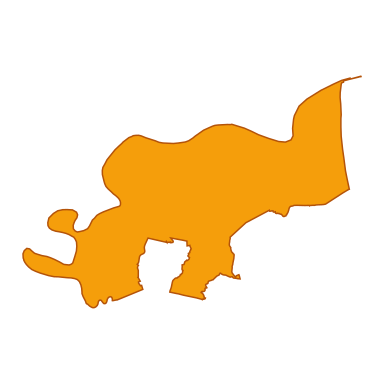 Pueblo Viejo, Veracruz, Mexico (Mercator projection)
{"feature_id": "50627088B14771067875898", "entity_name": "Pueblo Viejo", "entity_type": "district", "adm_level": 2, "iso_a3": "MEX", "parent_name": "Mexico", "parent_adm1": "Veracruz", "projection": "mercator", "projection_center": [-97.929, 22.164], "detail": "fine", "context": "isolated", "style": "filled", "palette": "amber", "viewbox_px": 384, "rotation_deg": 0, "n_neighbors": 0, "source": "geoboundaries", "source_scale": "gbopen_adm2", "svg_char_len": 5969}
<svg xmlns="http://www.w3.org/2000/svg" viewBox="0 0 384 384"><path d="M231.8,124.3L230.4,124.6L227.5,124.5L218.2,125.0L214.9,125.4L212.5,126.2L209.1,127.7L203.6,130.2L195.2,136.1L192.8,138.1L188.8,140.7L185.3,142.0L178.5,143.0L173.4,143.5L162.9,143.0L159.0,142.3L155.3,140.8L145.9,137.8L141.2,135.9L139.6,135.5L138.4,135.3L135.5,135.4L133.2,135.7L131.8,136.5L128.9,137.6L123.0,142.1L121.9,143.4L119.0,146.0L115.1,149.7L109.3,156.9L107.0,159.8L104.9,163.9L102.9,167.4L102.3,170.5L102.4,174.6L104.0,181.1L104.7,183.6L106.0,186.5L108.2,189.0L111.4,191.9L113.4,193.9L115.3,195.3L117.8,197.5L119.0,198.9L120.1,200.8L120.5,202.5L120.5,204.1L120.4,204.9L119.8,205.9L118.9,206.4L113.7,207.9L103.3,211.9L99.5,213.7L96.8,215.4L94.5,218.2L92.4,220.1L89.5,226.0L87.6,228.7L83.8,230.6L80.1,231.5L77.4,232.0L75.3,231.1L73.4,228.9L73.2,225.4L74.1,222.6L75.1,220.4L76.9,217.8L77.6,214.8L76.5,212.2L72.5,209.9L67.0,209.6L62.7,209.7L57.7,210.8L53.4,213.5L48.9,218.0L47.8,222.7L48.0,225.7L49.4,228.1L51.9,229.9L55.7,231.2L59.3,231.8L62.7,232.5L66.0,233.4L69.1,234.6L71.7,236.1L73.8,237.2L75.3,239.3L76.5,242.0L76.8,246.3L76.4,251.1L74.8,256.6L72.8,262.9L71.5,264.1L69.2,265.0L63.8,264.4L59.4,261.9L54.6,259.5L50.6,257.8L46.9,256.5L41.9,255.6L37.3,254.2L34.6,253.3L32.3,251.4L29.6,248.9L26.8,248.4L24.3,250.6L23.0,253.8L23.2,258.0L23.8,259.7L23.8,260.2L24.8,262.2L26.3,264.4L28.6,266.9L31.8,269.5L35.6,271.3L40.3,273.1L44.3,274.3L48.6,275.6L54.1,276.7L58.2,276.8L67.1,277.7L71.1,277.9L74.8,278.6L77.4,279.6L79.4,281.6L80.9,284.9L81.7,288.3L82.0,292.1L82.0,293.6L83.1,296.5L85.5,301.2L86.2,303.3L86.6,303.8L87.4,304.0L89.7,306.1L91.0,306.9L92.4,307.6L93.8,307.7L94.6,307.5L95.8,306.9L97.2,305.5L97.9,304.1L98.3,301.9L98.7,301.1L99.3,300.4L100.0,300.1L100.9,300.2L101.3,300.5L102.8,302.5L103.7,303.5L105.0,303.7L106.3,302.8L106.9,301.2L107.3,299.3L108.1,297.9L109.2,297.0L110.3,296.7L111.5,297.1L112.1,298.1L112.4,299.7L112.3,300.6L112.8,300.7L117.5,299.7L117.5,299.8L120.7,298.5L142.8,289.4L141.6,285.4L140.6,285.8L140.2,285.4L139.6,284.4L139.5,284.2L138.9,283.7L138.6,283.1L138.5,281.9L140.2,281.2L138.3,277.8L137.9,277.3L138.3,277.0L138.3,270.4L138.0,269.6L137.9,269.1L137.5,268.3L137.5,267.7L137.6,267.0L138.0,265.8L138.4,265.3L137.2,264.3L138.1,263.3L138.5,262.5L138.7,261.9L139.4,257.4L139.6,256.5L139.9,256.0L140.5,255.2L141.0,254.8L141.5,254.5L143.6,253.5L144.0,253.1L144.6,252.2L144.8,251.2L144.3,247.8L144.5,246.2L145.1,244.4L148.0,238.1L165.9,242.2L166.3,241.4L166.7,242.0L166.9,242.4L167.1,242.7L167.2,242.4L168.3,242.2L168.9,242.4L169.8,242.4L170.0,242.3L170.2,241.9L170.8,242.3L170.8,242.7L171.3,242.7L172.9,242.4L173.2,241.6L173.2,241.2L170.8,238.0L182.7,240.2L186.9,241.1L187.1,245.9L189.8,245.4L189.8,245.8L191.2,248.9L190.6,249.5L190.6,250.2L190.2,250.8L189.9,251.1L189.8,251.6L189.8,252.6L188.4,253.4L188.7,254.1L188.7,254.8L188.1,255.3L187.9,256.0L189.0,257.2L189.5,257.5L189.3,258.2L189.1,258.9L188.7,259.5L188.2,259.8L187.4,260.5L186.6,260.2L186.3,260.7L185.9,260.9L185.3,261.5L185.0,261.6L184.6,262.3L184.5,262.9L184.2,263.9L183.9,264.5L183.6,264.5L182.1,264.9L182.2,266.6L182.0,268.8L182.1,269.8L182.8,270.2L183.0,270.5L182.7,271.1L182.5,272.3L182.4,273.0L182.2,273.4L181.8,273.6L181.6,273.8L181.4,274.1L181.2,274.2L181.1,274.5L180.4,274.5L180.2,275.3L179.9,275.9L179.5,276.1L178.9,276.7L177.8,277.2L177.6,277.7L177.0,278.0L176.6,278.1L176.2,277.9L175.2,278.3L173.2,280.2L172.7,281.0L172.3,282.5L171.3,287.3L170.9,288.6L170.1,290.6L169.8,292.1L176.3,293.5L178.2,293.8L183.5,295.2L196.5,297.9L201.7,299.3L202.3,299.7L202.5,299.4L203.0,299.0L203.6,299.3L204.1,299.1L204.9,298.9L205.0,298.8L205.3,298.4L205.4,298.0L204.2,297.8L204.2,296.9L203.8,296.0L203.8,295.3L203.3,294.7L202.6,293.4L202.3,293.1L202.0,293.1L201.1,292.6L201.2,292.3L201.4,291.9L202.0,291.4L203.4,291.5L204.0,291.4L204.5,291.1L204.9,290.6L205.1,289.9L205.0,289.0L205.1,288.3L205.7,287.9L206.7,288.0L206.9,287.8L206.8,287.5L206.1,286.5L205.7,285.6L205.6,284.8L206.2,284.1L206.7,283.9L207.3,283.8L208.0,283.2L208.1,282.2L208.5,281.3L209.8,280.8L211.3,280.4L212.5,279.8L212.9,279.9L216.8,276.1L219.1,275.0L219.9,273.3L220.6,273.2L221.1,273.7L221.5,274.0L223.1,274.8L224.2,275.0L225.7,275.1L228.2,276.3L230.2,277.1L232.2,276.7L233.4,278.0L236.5,278.4L237.7,278.7L240.1,278.9L239.3,275.7L238.9,274.7L236.4,275.7L235.7,276.9L234.6,276.2L232.1,272.9L231.8,271.6L232.2,267.6L232.1,266.5L232.8,264.2L232.9,263.0L233.8,258.7L234.1,255.2L234.0,254.3L233.1,253.6L232.9,253.1L232.1,252.4L231.7,251.9L231.3,250.9L231.0,250.2L231.0,249.9L230.7,248.7L230.8,247.6L229.8,246.2L229.4,245.4L229.3,244.4L229.4,243.0L229.7,241.9L229.6,241.6L229.8,239.9L230.0,239.4L230.2,238.4L230.1,237.2L245.9,222.7L269.2,210.3L269.2,210.8L269.6,211.2L271.1,211.1L271.5,210.9L272.2,210.8L272.6,210.9L273.0,210.9L273.1,211.7L273.4,212.0L274.3,212.1L275.0,211.9L275.3,211.8L275.4,212.8L275.8,213.3L276.5,213.5L277.6,213.2L278.0,213.3L278.2,213.6L279.2,213.5L279.7,213.9L280.6,214.2L281.0,214.1L281.9,214.9L282.7,215.8L282.8,216.1L283.5,216.5L284.2,216.5L284.5,216.4L285.3,216.0L285.9,215.9L286.2,215.1L286.7,214.5L286.8,214.5L286.8,214.2L287.2,213.7L287.9,212.5L288.8,209.8L289.0,208.7L289.4,207.7L289.9,207.0L290.5,206.4L291.3,206.2L292.6,206.0L293.2,205.8L293.9,205.4L296.9,205.3L304.9,205.5L309.2,205.4L309.5,205.8L309.7,205.6L310.1,205.5L312.5,205.3L314.9,205.3L315.7,205.0L318.3,204.8L321.3,204.7L322.3,204.6L323.7,204.5L325.6,204.1L342.7,193.0L349.0,189.2L349.3,189.2L347.1,178.9L345.5,170.9L343.8,157.7L342.6,149.4L341.2,136.3L340.9,127.2L340.9,118.6L341.2,114.8L340.7,103.8L340.1,97.5L340.2,92.7L341.3,83.7L341.8,82.8L343.5,82.2L343.5,81.4L343.7,80.9L344.2,80.7L348.7,79.5L358.6,77.1L359.8,76.7L360.6,76.7L361.0,76.6L360.9,76.3L360.3,76.3L359.9,76.5L350.1,79.1L350.0,78.1L341.6,80.4L333.1,84.3L321.0,90.3L306.9,99.1L299.1,106.1L294.4,115.6L293.6,119.0L292.6,128.4L293.1,135.8L291.0,139.9L285.4,142.1L278.6,141.5L268.9,138.5L258.4,134.7L251.7,131.4L244.5,128.2L231.8,124.3Z" fill="#f59e0b" stroke="#b45309" stroke-width="1.5"/></svg>